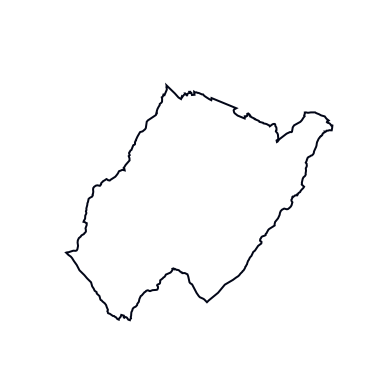 outline of Cosesti, Arges, Romania, rotated 223°
{"feature_id": "2599482B79346869383870", "entity_name": "Cosesti", "entity_type": "district", "adm_level": 2, "iso_a3": "ROU", "parent_name": "Romania", "parent_adm1": "Arges", "projection": "robinson", "projection_center": [24.865, 45.071], "detail": "fine", "context": "isolated", "style": "outline", "palette": "ink", "viewbox_px": 384, "rotation_deg": 223, "n_neighbors": 0, "source": "geoboundaries", "source_scale": "gbopen_adm2", "svg_char_len": 6060}
<svg xmlns="http://www.w3.org/2000/svg" viewBox="0 0 384 384"><g transform="rotate(223 192 192)"><path d="M156.2,334.2L159.5,331.1L161.2,329.0L163.0,327.9L163.7,327.1L163.1,326.6L162.7,325.5L162.3,325.2L162.1,324.4L161.3,324.2L161.2,322.5L160.6,319.4L160.6,317.2L162.8,310.4L162.4,308.0L160.0,304.3L160.2,303.5L161.2,302.7L162.6,299.2L164.1,290.1L163.8,287.1L164.0,286.5L165.3,287.4L165.0,288.5L165.2,289.7L165.4,290.0L167.6,291.9L167.9,292.3L169.5,293.2L172.0,293.5L172.5,294.3L172.4,294.9L173.7,296.2L174.5,296.8L175.8,297.0L177.2,298.1L177.9,298.2L178.8,297.4L179.3,296.4L179.9,293.1L180.9,293.4L181.8,293.0L182.7,292.9L184.3,292.3L186.6,290.9L187.2,291.1L190.5,289.3L191.4,289.6L192.2,289.4L195.7,288.1L195.8,288.4L197.0,288.1L199.8,287.2L200.3,287.3L200.6,287.2L201.0,287.4L201.2,287.1L201.6,287.4L202.0,287.2L202.5,287.5L202.7,287.9L204.2,287.8L204.2,287.1L204.8,287.1L204.9,286.9L203.8,285.7L203.6,285.2L204.2,284.5L204.0,283.8L204.9,283.3L204.3,282.7L203.6,281.7L210.8,279.0L214.6,278.7L215.8,279.1L217.3,280.2L217.5,281.2L216.7,283.5L241.6,274.1L241.3,273.6L241.5,273.6L240.6,272.3L242.6,271.7L246.5,271.0L248.6,270.7L250.5,270.9L251.2,270.2L254.7,269.0L255.5,268.3L256.6,268.0L257.3,267.1L258.8,266.8L257.8,265.8L256.5,264.8L258.2,262.9L260.0,264.0L260.6,263.4L261.6,264.1L262.2,263.5L261.7,263.3L261.6,262.5L262.0,261.6L262.3,260.0L263.1,259.6L261.6,259.4L261.6,259.2L262.4,259.1L264.2,259.3L264.0,255.1L264.6,255.1L264.3,254.4L263.7,254.2L263.8,253.5L263.4,252.5L266.3,251.9L271.8,252.4L283.3,252.6L282.9,252.3L282.2,251.2L281.2,250.6L280.2,249.6L278.2,244.1L279.3,243.8L278.4,241.8L278.7,240.6L277.4,239.8L275.5,237.6L275.3,236.4L275.6,234.4L274.8,233.3L274.6,231.9L273.9,229.3L273.0,227.3L271.7,225.9L272.1,225.8L270.9,223.6L273.1,214.3L273.0,212.5L269.4,207.3L269.1,205.9L269.5,202.6L270.8,200.5L270.7,199.8L269.7,195.4L268.5,191.8L268.1,191.5L268.2,191.0L267.7,189.9L267.7,189.5L266.7,188.6L266.3,188.0L266.3,187.3L266.8,186.6L266.8,186.0L265.0,181.5L265.3,180.3L264.8,178.8L264.9,178.1L264.2,177.2L262.7,176.5L262.8,175.1L260.8,174.1L259.2,172.5L259.0,166.5L258.5,164.2L258.4,163.0L257.4,162.9L256.0,161.9L257.8,160.9L258.4,160.0L258.8,158.8L259.5,157.7L259.5,157.1L259.0,155.6L258.7,153.8L258.5,150.9L259.9,145.4L260.0,144.3L261.4,143.4L262.2,143.4L263.4,143.1L263.9,140.7L264.4,139.5L264.3,138.7L264.5,137.0L263.9,135.4L263.7,135.4L263.5,134.1L263.6,133.7L265.7,132.4L266.6,131.2L267.1,129.1L266.9,127.5L265.9,126.2L264.5,125.0L263.6,123.8L262.8,122.1L262.4,122.1L261.9,120.6L262.8,117.8L262.9,116.4L261.3,113.8L261.0,112.9L260.5,112.0L259.8,111.2L258.1,108.0L256.9,106.8L256.5,105.6L255.3,104.9L254.6,104.1L254.0,102.0L252.1,99.7L251.8,98.9L251.5,97.3L251.0,96.2L249.8,96.9L248.7,97.0L247.7,97.4L246.5,96.0L245.1,92.8L243.9,92.0L242.7,90.8L242.4,89.6L242.6,88.7L242.4,87.4L243.0,85.7L243.2,84.7L243.0,83.3L243.3,81.1L242.5,78.7L241.1,76.9L238.6,74.9L236.8,72.0L236.5,70.7L236.9,69.7L238.8,68.1L241.3,63.6L242.2,62.7L242.7,61.8L239.5,61.7L236.6,62.1L234.7,61.9L231.4,61.0L226.5,60.0L220.9,58.0L214.1,57.8L209.8,57.3L204.2,57.1L200.6,54.9L198.0,54.3L195.9,53.4L193.5,53.7L192.4,52.8L188.7,52.8L185.7,50.9L185.0,50.8L184.1,51.1L183.0,50.9L179.8,51.1L177.7,50.7L175.9,49.7L173.2,48.5L172.9,48.1L172.6,47.1L171.7,46.8L171.0,46.2L170.5,46.2L169.0,46.9L165.4,47.4L164.2,48.2L163.6,48.1L162.1,48.5L159.9,48.2L158.5,48.7L159.0,49.4L159.1,52.2L159.9,53.9L157.7,55.0L157.5,54.6L156.6,54.8L156.3,53.8L155.8,53.8L155.7,54.7L154.8,55.5L153.9,55.7L151.5,55.2L150.0,55.9L150.4,56.6L150.4,58.0L151.6,58.9L152.0,59.8L154.1,62.4L154.5,63.2L154.8,64.4L155.6,65.9L155.8,67.0L155.6,68.3L155.0,69.7L155.0,71.8L155.7,72.8L156.0,75.4L157.5,77.9L158.5,80.9L158.2,82.2L158.4,86.3L158.0,87.3L158.1,88.4L157.5,89.7L156.7,90.3L155.7,90.5L155.1,90.9L153.9,93.3L151.4,96.0L150.8,97.0L151.2,98.3L152.2,99.5L153.8,99.9L154.1,100.6L153.2,102.7L153.2,103.3L153.9,104.5L155.0,105.7L154.5,109.0L154.6,110.0L154.2,111.1L154.4,112.5L154.8,113.7L152.8,118.4L152.8,119.8L153.1,121.7L154.0,122.4L153.5,123.4L152.0,123.6L152.0,124.1L150.1,124.6L149.5,125.2L148.2,125.8L146.5,125.7L145.6,126.0L144.9,125.9L144.4,126.3L143.7,126.1L142.0,127.8L139.2,128.7L137.2,127.7L132.3,124.3L131.0,124.1L128.9,124.5L119.8,121.3L116.1,120.5L114.5,120.4L111.3,121.5L109.8,121.8L105.9,121.6L105.8,124.2L104.2,136.1L104.8,146.6L102.1,155.7L101.4,159.5L100.8,161.8L100.7,163.3L100.9,165.3L100.8,168.0L101.0,168.8L100.8,169.7L101.2,171.8L101.6,173.1L102.0,173.7L102.0,174.7L102.3,175.4L102.5,176.7L103.0,177.5L104.0,179.8L104.2,181.3L104.8,183.0L105.0,184.6L104.9,185.6L106.3,189.9L106.0,192.1L106.9,197.7L106.2,201.6L107.1,202.9L107.5,203.0L108.4,202.7L109.1,202.9L110.0,204.2L110.0,205.0L110.4,206.0L110.4,207.0L110.2,207.6L109.0,209.8L108.8,210.8L109.3,211.2L109.5,211.8L109.4,212.9L109.7,213.6L110.4,216.5L110.3,217.8L108.7,223.9L109.6,224.7L110.8,226.8L111.1,231.4L112.3,235.0L113.4,236.7L114.1,238.5L114.1,240.4L113.3,242.7L110.8,244.1L110.2,245.0L109.9,246.6L109.8,248.6L110.1,250.1L111.6,253.0L112.6,253.1L113.9,253.9L114.4,255.7L115.2,256.7L115.2,257.3L114.6,257.5L114.3,259.8L113.6,260.4L113.6,261.1L112.8,261.4L112.9,262.0L113.4,262.3L113.2,262.9L113.4,263.9L112.9,265.8L113.2,266.4L113.4,268.5L113.3,270.7L113.6,272.3L116.8,272.3L117.2,273.0L118.0,273.7L120.0,277.1L120.5,278.7L120.3,280.9L120.7,282.3L121.6,283.1L123.1,285.3L125.0,287.0L125.2,288.0L125.8,289.4L127.5,290.9L128.8,291.0L129.5,293.2L130.2,294.3L130.3,295.0L130.7,295.7L130.7,296.9L130.0,298.5L129.9,299.5L129.3,300.4L129.1,302.2L129.6,303.8L130.2,304.5L130.6,305.4L132.0,309.6L132.7,311.0L133.7,312.4L134.5,313.7L135.6,317.1L135.8,318.0L135.7,318.8L136.0,319.8L135.8,320.3L135.9,320.9L135.6,321.2L135.7,321.9L135.6,322.3L135.7,322.8L136.0,323.1L136.2,324.5L135.6,326.6L136.1,326.8L135.4,327.4L135.2,328.0L135.4,328.6L134.3,329.7L133.7,330.9L133.2,331.2L131.9,332.4L133.1,334.3L134.7,336.4L135.5,336.0L135.3,335.6L138.0,336.1L137.8,336.2L140.2,335.1L140.5,335.1L140.3,335.7L141.3,335.9L140.8,337.5L143.7,337.3L146.5,337.8L149.8,336.1L152.2,335.5L155.0,334.4L156.2,334.2Z" fill="none" stroke="#020617" stroke-width="2"/></g></svg>